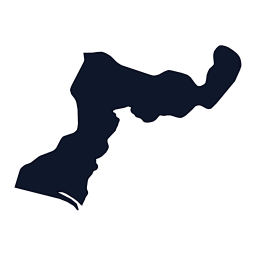 map outline of Margibi (orthographic projection)
{"feature_id": "LBR-789", "entity_name": "Margibi", "entity_type": "County", "adm_level": 1, "iso_a3": "LBR", "parent_name": "Liberia", "parent_adm1": "", "projection": "orthographic", "projection_center": [-10.158, 6.461], "detail": "fine", "context": "isolated", "style": "filled", "palette": "ink", "viewbox_px": 256, "rotation_deg": 0, "n_neighbors": 0, "source": "natural_earth", "source_scale": "10m", "svg_char_len": 2771}
<svg xmlns="http://www.w3.org/2000/svg" viewBox="0 0 256 256"><path d="M81.7,204.6L81.4,204.4L78.3,201.1L74.6,198.2L66.6,193.2L62.6,191.5L57.8,191.3L57.8,193.1L70.6,199.6L76.2,204.3L78.0,210.0L74.3,205.4L67.4,201.2L59.6,198.1L15.4,187.0L20.5,170.3L21.1,169.2L22.1,168.0L23.9,166.5L25.1,165.7L26.2,165.1L29.0,164.2L31.1,163.3L39.0,157.2L40.9,156.2L52.3,151.9L54.3,150.8L55.2,150.1L56.8,148.4L60.9,140.5L62.2,138.5L63.4,137.2L64.3,136.7L72.8,133.9L73.9,133.4L75.0,132.7L76.8,131.1L77.6,130.1L78.2,127.6L78.7,123.9L78.3,109.4L77.4,103.9L76.9,101.8L76.1,99.8L75.0,97.9L72.1,94.2L71.7,93.3L71.1,91.5L70.8,89.7L71.3,88.0L72.2,85.8L84.5,62.0L85.1,59.7L84.2,53.5L92.4,53.4L97.6,52.7L101.4,52.5L103.0,52.9L105.0,53.6L108.3,55.4L110.0,56.5L111.2,57.5L115.4,61.8L117.5,63.5L119.6,64.9L121.6,66.0L151.9,76.1L153.9,76.3L155.9,76.1L159.2,75.2L164.8,72.1L167.6,71.0L168.5,70.8L170.7,71.0L181.1,73.5L186.6,75.3L187.5,75.8L189.3,77.1L190.2,77.9L194.4,83.7L196.2,85.7L197.0,86.3L197.9,86.8L199.2,86.9L200.9,86.7L203.7,85.4L205.1,84.3L206.0,83.3L206.3,82.4L206.9,79.5L207.3,75.9L207.8,74.0L208.5,72.0L209.4,70.2L210.0,69.2L213.6,65.9L214.3,64.9L214.6,63.9L214.6,62.9L214.0,57.2L214.0,55.0L214.2,53.8L214.5,52.7L214.8,51.6L215.3,50.7L216.6,49.0L218.3,47.2L219.3,46.5L220.2,46.1L221.2,46.0L222.2,46.1L224.5,46.6L226.5,47.3L228.5,48.2L232.6,50.9L235.8,53.4L237.5,55.2L238.3,56.3L239.0,57.4L239.6,58.8L240.1,60.5L240.5,62.9L240.6,64.6L240.6,66.0L239.3,69.8L234.4,80.7L216.0,102.9L210.8,108.0L209.8,108.2L208.8,108.3L207.9,108.2L207.0,108.0L206.1,107.6L201.4,105.1L200.2,104.7L198.8,104.6L196.8,104.9L195.4,105.5L194.2,106.4L191.9,109.0L185.4,114.9L183.1,116.3L181.4,117.1L179.4,117.1L177.5,116.8L170.8,114.7L167.2,114.6L164.1,115.2L160.2,114.6L159.4,114.8L157.3,116.9L156.5,118.1L155.3,119.2L153.3,120.7L151.4,121.3L147.9,121.9L145.9,121.8L144.4,121.4L143.6,120.7L142.2,118.9L141.4,118.3L140.5,117.7L136.7,116.5L136.1,116.1L135.6,115.5L135.3,114.8L134.9,114.3L134.2,113.7L132.5,112.6L131.8,111.8L131.3,110.8L131.2,109.8L131.4,108.8L131.8,108.1L131.8,107.5L131.7,107.0L130.7,106.5L128.1,105.6L124.1,107.1L115.3,108.8L113.2,109.9L112.1,110.7L112.6,112.5L113.4,113.1L114.3,113.4L115.1,114.1L115.6,116.4L116.1,117.5L118.2,118.6L118.9,119.4L118.9,120.6L117.9,122.8L117.2,125.4L116.0,127.5L115.0,130.3L107.3,138.5L106.8,139.6L106.7,140.9L106.8,142.3L108.0,146.0L108.0,147.5L107.1,149.5L105.6,151.9L101.4,155.9L98.7,157.4L96.2,158.3L95.3,158.9L95.3,159.9L95.5,161.0L95.4,162.1L95.5,163.1L96.0,164.0L96.9,164.9L97.3,166.1L97.3,167.5L96.4,169.0L95.2,169.7L93.7,170.2L92.9,170.9L91.7,173.6L88.0,178.1L87.5,179.2L87.1,180.4L86.1,187.7L86.2,189.2L87.2,191.6L87.4,192.7L87.1,194.0L85.4,196.5L84.6,198.1L84.2,199.4L81.8,204.2L81.7,204.6L81.7,204.6Z" fill="#0f172a" stroke="#020617" stroke-width="1.5"/></svg>